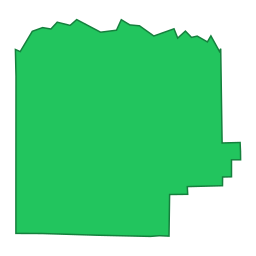 the district of Washington, Indiana, United States of America
{"feature_id": "52423323B26217734991778", "entity_name": "Washington", "entity_type": "district", "adm_level": 2, "iso_a3": "USA", "parent_name": "United States of America", "parent_adm1": "Indiana", "projection": "robinson", "projection_center": [-86.055, 38.601], "detail": "fine", "context": "isolated", "style": "filled", "palette": "green", "viewbox_px": 256, "rotation_deg": 0, "n_neighbors": 0, "source": "geoboundaries", "source_scale": "gbopen_adm2", "svg_char_len": 609}
<svg xmlns="http://www.w3.org/2000/svg" viewBox="0 0 256 256"><path d="M32.3,31.3L20.2,51.6L15.4,49.5L16.0,76.2L15.9,196.7L15.9,233.4L42.0,233.5L97.3,235.2L150.4,236.4L159.5,235.7L169.0,236.1L169.6,194.5L187.7,194.3L187.3,186.6L222.5,185.7L222.6,177.0L231.5,176.8L231.5,159.8L240.6,159.8L240.5,151.4L240.1,142.5L222.1,143.0L220.7,48.7L219.5,51.5L210.9,35.9L207.4,41.9L197.2,36.1L191.5,37.4L185.4,31.1L177.7,38.1L174.0,28.8L153.8,36.0L139.5,25.8L129.8,24.9L121.3,19.7L116.5,30.2L100.6,32.2L76.7,19.6L70.1,25.4L57.2,22.2L50.9,29.0L42.6,27.6L32.3,31.3Z" fill="#22c55e" stroke="#15803d" stroke-width="1.5"/></svg>